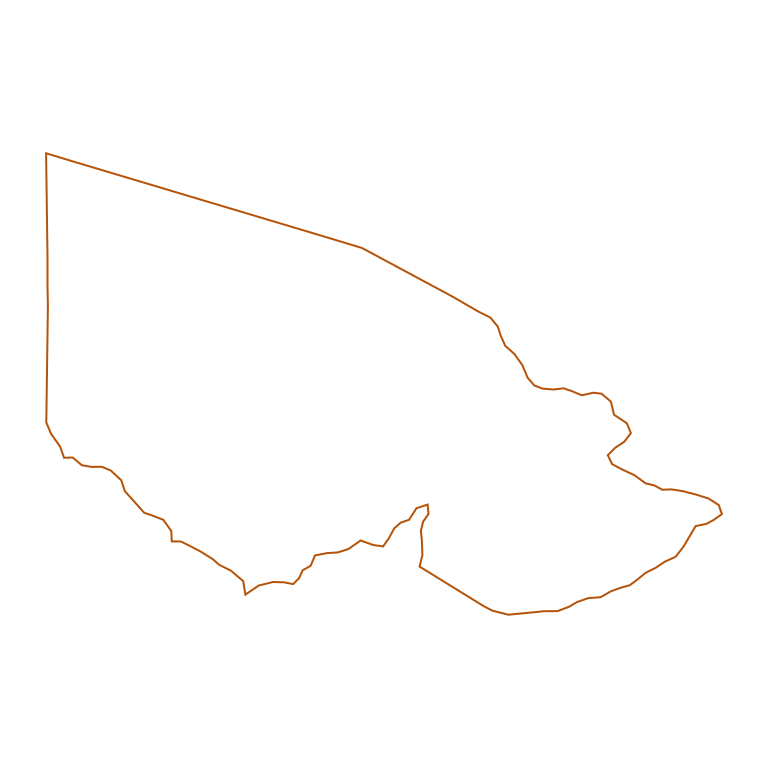 the district of Riacho dos Cavalos, Paraíba, Brazil
{"feature_id": "56859067B6406172086981", "entity_name": "Riacho dos Cavalos", "entity_type": "district", "adm_level": 2, "iso_a3": "BRA", "parent_name": "Brazil", "parent_adm1": "Paraíba", "projection": "albers", "projection_center": [-37.603, -6.47], "detail": "fine", "context": "isolated", "style": "outline", "palette": "amber", "viewbox_px": 768, "rotation_deg": 0, "n_neighbors": 0, "source": "geoboundaries", "source_scale": "gbopen_adm2", "svg_char_len": 1542}
<svg xmlns="http://www.w3.org/2000/svg" viewBox="0 0 768 768"><path d="M46.3,422.5L51.0,433.7L60.1,446.6L64.1,457.8L72.6,457.5L81.8,465.2L91.4,466.9L101.7,466.8L110.6,470.4L121.3,480.3L124.8,491.1L134.6,502.0L144.1,512.7L152.2,515.5L163.3,519.8L171.3,531.0L171.8,541.4L181.0,541.5L189.2,545.6L200.4,551.4L212.7,559.1L219.2,564.8L230.8,570.6L243.2,581.1L245.4,594.6L258.8,585.5L273.1,582.0L283.9,582.3L293.1,584.1L299.0,578.3L302.7,570.3L310.7,565.7L315.0,555.4L327.2,553.1L337.8,552.4L348.3,549.1L360.6,540.5L373.2,545.0L383.1,546.4L388.8,538.4L394.2,528.4L400.8,522.6L409.0,519.8L416.5,508.2L427.6,504.6L428.5,514.0L423.1,521.7L420.9,530.7L421.9,541.0L422.4,555.0L419.6,566.6L483.8,606.2L492.4,610.7L508.4,614.7L526.3,613.0L535.7,612.1L543.9,611.2L557.6,611.1L569.1,606.7L576.9,602.1L588.4,598.1L600.6,597.2L610.9,591.3L620.6,587.8L629.8,585.2L637.2,579.7L645.5,572.9L656.0,567.6L664.8,561.7L675.6,556.8L683.6,546.5L695.6,526.1L706.3,523.9L713.9,519.8L721.9,514.1L718.8,505.1L708.5,498.5L695.1,494.3L682.6,491.1L671.5,489.4L662.2,489.7L654.1,485.3L645.7,483.4L634.6,475.3L620.6,468.7L612.1,464.1L607.8,455.2L614.9,448.0L624.3,441.7L630.9,433.1L626.9,423.3L614.0,414.7L610.9,401.6L601.5,393.7L593.3,392.7L581.8,395.3L572.3,391.3L563.6,388.3L553.6,389.5L542.5,388.6L534.3,385.5L527.7,377.8L522.3,365.1L514.3,353.9L505.3,345.9L500.9,336.1L497.8,326.6L490.3,317.5L478.6,311.7L465.2,304.0L453.2,297.0L362.0,248.0L317.3,234.5L74.8,162.0L46.1,153.3L47.5,258.0L47.5,285.8L47.9,305.1L46.3,422.5Z" fill="none" stroke="#b45309" stroke-width="2"/></svg>